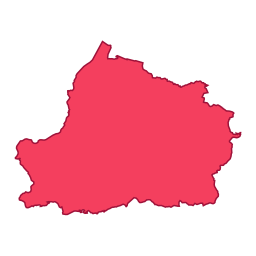 outline of Barsesti, Vrancea, Romania, rotated 90°
{"feature_id": "2599482B14345324048556", "entity_name": "Barsesti", "entity_type": "district", "adm_level": 2, "iso_a3": "ROU", "parent_name": "Romania", "parent_adm1": "Vrancea", "projection": "mercator", "projection_center": [26.754, 45.917], "detail": "fine", "context": "isolated", "style": "filled", "palette": "rose", "viewbox_px": 256, "rotation_deg": 90, "n_neighbors": 0, "source": "geoboundaries", "source_scale": "gbopen_adm2", "svg_char_len": 5822}
<svg xmlns="http://www.w3.org/2000/svg" viewBox="0 0 256 256"><g transform="rotate(90 128 128)"><path d="M202.6,231.2L206.0,230.5L207.5,229.7L207.7,228.9L207.7,227.9L207.1,226.2L205.9,224.0L206.5,222.6L205.5,221.9L205.3,220.7L205.2,219.8L205.5,219.3L205.2,218.9L204.9,216.6L205.1,215.9L205.6,215.3L206.4,215.6L206.3,214.2L205.9,214.0L205.6,213.2L205.7,211.2L205.5,210.7L205.4,209.6L203.4,208.0L203.3,207.1L202.7,206.7L202.1,207.3L202.2,208.5L202.0,208.8L201.7,207.9L201.7,204.2L202.1,202.9L201.7,201.4L201.8,200.7L203.5,198.2L207.0,196.6L207.7,195.3L207.0,194.2L211.5,192.9L212.5,193.4L214.0,193.1L214.5,190.2L214.4,188.5L211.1,181.9L211.0,180.2L211.4,177.7L211.3,176.9L210.3,176.7L210.3,175.9L210.5,175.7L211.7,176.1L212.5,175.2L212.3,174.5L210.6,174.2L210.1,173.8L209.9,173.5L209.8,172.3L210.5,171.5L212.1,172.8L212.4,172.8L213.3,171.0L213.1,168.9L212.7,169.1L212.7,169.5L212.3,169.9L212.1,169.8L212.0,169.2L212.2,168.8L211.3,168.7L210.6,167.6L211.3,166.5L212.7,165.2L212.7,164.3L213.6,163.0L213.2,161.7L213.2,160.7L213.0,160.0L213.8,159.0L213.4,158.3L212.4,157.9L211.9,156.9L211.7,154.8L211.0,153.6L211.9,151.9L211.3,151.2L211.3,151.7L210.6,151.8L210.7,150.1L209.1,147.8L208.6,146.2L207.9,145.1L207.2,143.5L207.2,142.1L206.8,141.1L206.9,139.5L206.3,138.5L205.6,135.8L204.3,133.1L204.3,132.5L204.6,131.7L205.4,130.5L206.5,130.0L206.5,129.5L205.3,128.8L203.8,128.5L203.1,128.0L197.7,122.0L198.2,119.7L200.0,118.1L201.2,117.5L202.3,116.5L202.6,116.0L202.4,114.3L201.6,111.8L201.6,111.3L199.8,109.2L199.9,108.5L199.7,107.9L199.8,105.7L201.7,103.9L202.3,102.8L204.6,101.0L204.4,100.6L204.5,100.1L205.6,97.6L205.5,94.6L207.1,90.5L206.7,89.4L206.8,88.1L206.5,87.2L206.5,86.5L207.1,85.3L207.1,84.8L205.6,82.3L205.5,81.9L206.2,78.1L206.2,76.7L204.8,77.1L202.8,77.0L202.1,77.0L200.6,76.0L201.4,74.8L202.7,73.8L202.5,70.3L203.0,69.4L203.7,68.9L204.1,68.1L205.0,67.3L205.0,64.4L205.5,62.9L203.4,61.1L204.4,59.3L204.4,58.7L203.2,55.4L203.3,53.4L205.7,52.7L204.2,49.9L203.7,48.1L203.0,46.7L202.9,45.5L203.4,44.3L203.7,42.9L203.1,41.7L202.5,41.1L201.0,40.9L198.4,39.7L196.2,37.7L194.1,37.6L192.5,38.3L191.3,38.3L190.3,39.2L186.3,41.5L184.3,41.8L180.5,41.3L180.3,42.1L180.0,42.3L178.5,42.1L177.8,42.8L175.0,44.1L174.1,43.2L173.6,41.6L173.1,41.0L172.6,38.9L172.0,38.7L171.6,39.2L171.0,39.2L170.3,38.4L170.2,36.6L169.4,35.9L167.4,35.6L166.2,36.0L165.6,35.7L165.4,35.5L165.3,32.8L165.1,32.4L163.9,31.6L163.4,30.2L163.0,29.7L161.1,28.2L158.8,25.8L156.3,25.0L153.8,24.7L152.8,24.2L148.5,24.5L147.1,23.9L145.5,24.0L144.6,23.7L143.5,24.3L141.8,26.5L140.9,26.5L137.5,23.6L137.3,23.2L137.3,21.5L137.7,19.7L137.7,19.0L137.3,17.7L136.4,16.2L134.3,15.4L133.7,15.6L132.6,15.4L132.6,15.9L134.1,16.9L133.4,18.0L133.6,18.4L134.2,18.7L133.7,19.0L133.2,19.8L134.2,19.7L134.4,19.9L134.5,20.6L134.3,21.4L134.4,22.0L134.3,22.5L133.6,23.3L132.7,23.6L132.4,24.8L131.3,25.9L130.2,26.0L126.0,27.6L122.4,27.9L120.5,27.2L119.6,27.1L119.3,27.0L119.2,26.4L117.7,26.1L117.2,24.1L116.7,23.0L114.4,23.0L113.1,22.2L112.7,22.5L111.9,23.8L111.4,25.5L111.1,26.8L110.9,29.7L109.3,31.7L108.9,32.7L108.3,33.0L108.0,33.7L107.1,34.4L106.9,35.1L106.2,35.8L105.0,38.0L105.1,38.7L105.5,39.6L105.5,40.0L104.6,42.3L106.2,44.2L106.5,45.6L105.9,46.7L104.0,47.8L102.9,48.8L102.7,49.3L102.8,50.2L102.4,51.1L102.5,51.9L102.2,52.5L99.0,51.7L97.9,51.9L97.6,53.0L97.1,53.9L94.2,52.5L93.4,52.2L92.6,48.1L88.6,49.9L87.8,51.1L87.1,51.3L86.8,50.9L86.2,50.7L86.2,50.4L86.0,50.5L86.2,49.5L85.3,48.2L84.5,50.4L83.8,50.9L84.0,51.6L82.8,52.4L82.7,53.0L82.9,53.8L81.2,55.4L81.2,56.6L81.6,57.4L81.5,58.7L81.2,59.3L81.7,60.0L81.7,60.5L83.3,62.1L83.3,62.7L82.6,64.9L83.9,66.0L83.7,66.6L85.0,69.2L85.1,70.6L85.9,71.9L86.3,73.4L87.1,74.5L87.2,75.3L87.0,75.7L86.1,75.7L86.0,76.0L86.3,76.9L84.7,78.1L84.7,79.6L84.4,80.5L83.7,81.2L84.3,81.8L84.3,82.4L82.5,83.4L82.1,84.1L82.0,85.0L81.1,86.8L81.2,88.6L80.8,88.9L79.5,88.8L79.4,88.9L79.5,89.5L79.1,90.3L78.6,90.6L78.3,91.1L79.0,94.1L78.8,95.0L77.6,95.9L77.6,97.8L77.2,98.8L77.2,99.4L78.1,100.3L77.7,103.5L75.5,103.8L73.8,104.8L73.2,107.5L70.9,109.7L70.1,111.6L68.9,113.1L65.9,113.7L62.8,113.1L60.7,120.3L61.0,121.1L59.0,128.9L59.6,129.0L58.6,131.9L55.7,138.6L56.1,139.6L56.7,139.9L57.5,138.2L58.2,138.3L58.7,139.1L58.7,140.3L59.2,141.7L58.7,144.1L58.8,145.9L58.6,147.2L58.8,148.1L57.8,148.4L54.3,148.0L47.7,145.0L47.1,145.3L45.7,145.2L45.3,145.5L45.4,146.9L45.2,148.1L41.5,153.5L59.9,163.5L62.3,166.0L64.2,169.0L66.5,172.2L73.7,178.9L75.5,179.9L77.4,179.9L80.4,181.8L80.9,181.5L81.6,181.6L83.2,182.9L87.9,182.1L89.3,182.5L90.5,183.6L90.3,185.4L91.0,186.9L90.7,187.6L90.8,188.2L91.4,188.1L92.0,188.3L93.0,187.9L94.3,188.2L97.5,186.1L99.0,186.8L101.7,188.9L102.3,189.0L103.8,188.6L105.0,187.8L108.9,187.0L109.7,186.4L110.9,187.3L111.6,186.9L112.3,187.8L113.0,187.0L113.8,187.5L114.8,187.0L115.5,187.4L116.1,187.5L116.8,188.6L118.0,189.5L121.1,190.2L123.8,192.0L124.7,191.4L125.3,191.4L126.8,192.6L128.3,193.4L128.7,194.2L129.7,195.0L132.0,195.6L133.4,197.5L133.8,200.0L135.2,203.1L139.6,210.0L140.1,211.8L139.8,215.0L139.9,216.3L140.9,217.7L142.3,218.1L143.2,219.6L143.4,221.0L143.1,222.4L142.7,223.0L141.9,223.8L140.1,224.5L139.9,224.8L139.6,227.1L138.9,229.2L139.1,230.9L140.6,233.3L140.9,234.1L140.9,235.3L141.1,235.7L145.9,239.0L146.9,239.4L148.3,239.5L151.9,237.9L153.8,237.9L156.1,239.1L157.7,240.6L158.5,240.5L158.9,238.9L159.0,237.8L158.4,236.4L158.5,236.0L160.0,236.5L160.8,235.7L161.9,235.6L162.9,235.8L164.2,235.5L166.0,233.1L167.1,232.5L168.8,231.2L169.4,230.4L170.5,229.7L171.9,228.0L172.6,227.6L173.6,227.9L174.4,227.0L177.6,225.4L180.3,224.6L182.0,222.2L184.0,222.2L185.9,224.5L186.8,225.1L189.8,224.8L191.4,225.3L192.1,226.2L192.6,227.6L192.5,228.6L191.9,230.3L193.2,231.5L193.4,233.0L195.4,235.3L197.1,236.0L198.1,236.8L199.8,236.6L200.2,236.0L200.5,234.3L201.5,232.4L202.6,231.2Z" fill="#f43f5e" stroke="#9f1239" stroke-width="1.5"/></g></svg>